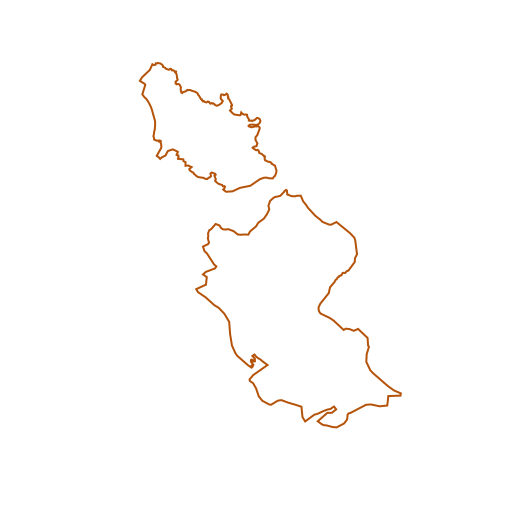 Wasagu-Danko, Kebbi, Nigeria (orthographic projection), rotated 38°
{"feature_id": "59680162B4050907661224", "entity_name": "Wasagu-Danko", "entity_type": "district", "adm_level": 2, "iso_a3": "NGA", "parent_name": "Nigeria", "parent_adm1": "Kebbi", "projection": "orthographic", "projection_center": [5.394, 11.45], "detail": "fine", "context": "isolated", "style": "outline", "palette": "amber", "viewbox_px": 512, "rotation_deg": 38, "n_neighbors": 0, "source": "geoboundaries", "source_scale": "gbopen_adm2", "svg_char_len": 6103}
<svg xmlns="http://www.w3.org/2000/svg" viewBox="0 0 512 512"><g transform="rotate(38 256 256)"><path d="M350.1,366.2L357.7,364.9L359.4,364.0L362.3,356.5L364.8,353.9L371.8,351.7L378.0,349.2L384.6,346.8L391.8,354.3L396.6,356.1L399.6,345.3L401.8,342.2L404.7,336.5L406.8,333.1L409.0,330.5L409.3,329.0L410.2,326.6L413.6,327.5L412.3,332.9L408.8,335.7L406.4,348.2L411.2,348.1L413.4,347.7L415.6,346.2L421.7,343.6L425.0,341.5L428.5,333.8L428.5,329.6L428.3,328.5L427.7,327.4L425.9,324.8L425.8,323.8L426.1,322.6L427.0,321.6L434.3,305.5L438.0,302.2L446.0,298.3L451.5,293.0L446.5,284.9L455.8,277.1L454.7,275.1L447.4,277.0L440.0,277.3L420.5,276.3L416.5,275.7L408.1,271.5L403.7,265.3L400.9,258.0L399.5,257.6L394.4,251.9L381.3,250.6L379.2,254.7L374.5,256.1L371.5,258.0L370.6,260.3L357.0,259.1L352.4,259.4L342.4,261.6L339.7,260.8L338.0,259.3L336.9,257.9L336.0,253.9L336.2,240.5L333.6,235.0L333.9,228.2L333.5,226.4L333.6,225.1L333.9,224.7L333.7,223.4L333.5,222.9L333.8,221.9L334.1,221.7L333.9,220.7L334.3,220.3L334.5,219.3L335.2,218.7L334.7,216.0L335.2,215.4L336.7,214.6L336.8,212.4L337.0,211.5L337.5,211.2L337.8,210.5L337.5,199.9L335.4,196.9L334.5,192.4L324.6,182.6L322.2,181.0L316.0,180.1L298.5,179.7L295.8,185.3L294.1,186.3L287.4,188.2L284.3,187.8L277.9,187.8L267.1,186.0L264.3,185.0L259.3,183.8L254.2,180.9L251.0,183.4L250.3,184.7L248.7,185.9L247.2,186.9L242.7,188.3L242.2,187.4L241.0,186.6L240.5,185.7L239.8,185.3L239.0,185.4L238.5,187.2L238.6,188.7L238.1,193.7L234.4,198.2L233.8,200.3L233.2,203.9L234.8,208.6L237.8,211.2L238.9,216.4L239.2,221.8L237.3,228.4L237.8,232.6L236.2,240.3L236.8,243.9L233.2,246.5L231.0,248.6L228.3,250.3L223.1,250.2L217.6,251.9L216.1,253.6L213.6,255.3L211.3,255.5L208.5,254.4L204.5,255.6L204.1,262.7L203.3,264.4L204.3,267.7L206.7,270.4L207.0,271.6L210.6,274.3L211.0,275.9L208.4,281.2L212.5,283.9L215.8,284.2L228.3,288.5L231.1,288.6L231.4,290.9L226.2,299.5L225.6,303.2L230.2,302.9L234.2,309.4L229.3,318.9L232.6,320.2L241.6,319.6L253.5,320.4L258.6,319.8L266.7,321.0L275.4,324.4L283.6,333.4L292.1,341.3L299.3,345.1L302.5,346.2L317.2,347.0L321.3,346.7L321.4,345.6L320.0,345.7L320.1,344.6L321.0,344.6L321.0,343.4L317.0,342.4L316.1,341.1L316.2,340.4L317.2,339.9L317.7,339.9L317.9,341.0L318.7,340.9L320.0,339.7L318.3,337.6L314.7,337.0L315.4,334.6L318.1,335.2L319.2,335.2L320.8,335.2L323.2,334.8L326.3,335.0L332.2,334.8L327.1,351.6L326.9,357.2L328.1,358.3L332.0,358.0L337.6,360.3L344.4,364.8L350.1,366.2ZM58.4,165.9L59.0,167.2L57.7,168.6L56.3,168.7L57.8,174.7L56.2,185.2L56.7,189.5L62.2,188.9L63.4,189.3L66.9,198.6L70.5,199.6L72.8,199.7L76.4,200.9L80.8,202.9L83.3,204.4L93.6,212.0L96.0,215.1L98.4,218.7L99.4,221.1L100.6,222.9L101.4,224.8L102.9,225.6L103.8,226.8L104.3,227.0L104.6,226.7L106.8,226.3L107.7,225.3L108.7,225.5L108.7,224.6L109.1,224.2L109.6,224.2L110.1,224.0L110.5,224.3L110.7,225.4L112.0,225.9L114.1,228.1L114.8,229.3L116.1,238.2L116.9,238.3L118.1,238.0L119.3,238.3L120.7,238.5L121.0,236.4L122.8,232.5L121.9,227.6L124.2,224.0L125.0,223.1L129.1,222.2L130.4,222.1L131.1,225.2L132.1,225.1L132.9,224.6L133.4,225.0L133.7,225.6L134.1,225.7L134.6,227.4L134.7,227.5L139.2,224.6L140.5,225.9L142.6,225.4L144.9,228.3L146.8,226.5L150.5,225.6L149.9,228.6L151.2,229.3L154.0,229.2L155.3,228.8L156.5,229.6L158.0,229.4L159.3,229.7L160.2,229.5L161.5,229.6L164.9,227.7L165.9,227.0L169.1,226.2L170.1,225.5L170.5,223.4L171.2,222.5L171.4,220.9L169.3,219.0L169.8,217.4L173.3,216.4L174.2,216.8L173.8,218.3L176.9,220.1L177.3,220.7L177.2,221.3L177.4,221.9L179.2,222.2L181.9,222.2L185.7,220.9L187.0,221.4L187.7,220.9L188.4,220.8L188.4,220.4L188.8,220.4L189.5,222.2L189.2,223.8L191.1,223.9L193.0,223.7L197.7,219.5L201.4,212.2L208.3,204.1L211.8,193.0L214.2,189.3L216.4,187.5L218.2,186.9L221.5,184.5L221.3,182.9L221.6,180.9L220.4,177.5L219.7,176.2L215.3,173.1L213.0,173.5L212.0,173.4L211.6,173.7L211.4,173.5L209.6,173.1L208.9,173.3L208.2,173.9L206.7,174.5L205.0,174.7L204.3,175.0L203.0,174.2L201.7,172.0L201.3,172.0L200.8,172.5L200.3,172.2L199.1,172.2L198.0,172.0L195.1,172.8L194.2,171.9L192.9,171.3L191.9,171.4L191.5,172.2L190.8,172.6L186.9,172.9L186.6,172.7L187.2,170.9L188.5,169.6L188.8,168.8L188.2,168.0L187.8,166.4L184.0,164.8L183.8,164.2L182.7,163.2L182.5,162.7L182.6,161.5L182.5,161.0L182.7,160.0L182.1,158.9L182.1,157.9L181.7,157.2L180.7,153.9L180.0,152.7L179.5,152.4L177.3,152.4L176.9,153.0L176.8,153.5L175.6,154.3L173.4,157.2L171.2,158.1L170.4,158.3L170.0,158.1L170.3,156.4L173.0,154.1L175.4,152.7L176.7,150.9L177.0,148.7L176.8,147.8L176.2,146.7L175.1,146.1L174.2,145.8L172.1,146.3L171.7,146.7L171.2,149.9L171.0,150.0L170.4,151.0L169.9,151.5L169.9,152.0L169.0,152.1L168.5,152.7L167.9,153.0L167.4,153.6L167.0,153.7L166.5,152.8L166.1,152.6L163.1,151.5L162.9,151.1L162.0,150.2L161.2,150.5L159.8,151.8L158.0,152.3L156.0,152.0L157.0,154.3L156.7,155.1L151.7,157.9L148.8,157.8L147.5,157.5L147.0,157.7L145.9,157.3L146.3,154.8L144.6,153.9L144.1,153.3L144.5,152.8L144.5,152.1L144.2,151.8L138.3,149.0L137.5,149.1L136.8,148.9L136.5,148.4L136.6,148.1L136.0,147.5L135.3,147.4L135.0,146.9L134.3,146.3L133.5,146.1L132.8,146.2L132.6,147.7L131.7,149.1L130.5,149.1L129.2,150.2L129.7,151.5L131.3,153.7L131.7,154.0L133.1,154.0L134.4,154.3L134.6,154.6L134.5,155.5L134.8,156.7L134.1,158.7L134.1,159.2L132.7,161.7L130.4,162.3L129.8,161.9L128.4,162.0L128.1,162.5L127.8,162.4L126.9,162.8L126.5,163.9L126.1,164.1L124.4,163.5L123.7,163.9L123.4,163.7L122.8,164.0L122.5,165.4L121.0,166.1L120.3,166.2L120.0,166.0L119.3,166.1L119.1,166.7L118.5,166.5L117.6,166.6L116.9,165.9L116.2,166.3L112.2,164.7L111.0,164.6L110.6,164.2L109.3,163.7L106.7,164.1L103.5,165.4L102.5,165.5L101.6,165.9L100.3,167.2L99.9,167.2L99.5,167.9L99.3,169.4L97.4,172.2L97.5,173.0L96.7,173.2L94.7,171.7L93.5,170.3L93.1,169.4L90.8,168.2L90.0,168.0L88.9,168.3L88.2,169.0L87.8,169.2L87.6,169.6L86.4,169.5L86.0,168.7L85.4,168.4L85.5,167.0L85.9,165.9L85.5,165.0L84.8,164.8L84.1,164.2L81.5,161.6L80.1,161.2L79.7,160.0L79.2,159.9L78.7,160.9L77.1,160.4L76.2,160.8L75.4,161.5L74.5,160.9L73.7,160.9L73.1,161.4L72.8,162.8L69.8,163.9L68.7,163.6L66.3,164.2L65.6,163.4L64.4,163.0L62.0,163.2L59.6,164.5L59.3,165.4L58.4,165.9Z" fill="none" stroke="#b45309" stroke-width="2"/></g></svg>